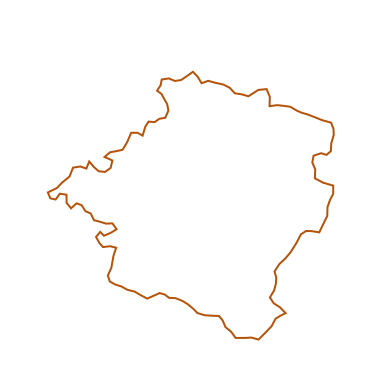 Santo Antônio do Grama, Minas Gerais, Brazil, rotated 20°
{"feature_id": "56859067B72216999102228", "entity_name": "Santo Antônio do Grama", "entity_type": "district", "adm_level": 2, "iso_a3": "BRA", "parent_name": "Brazil", "parent_adm1": "Minas Gerais", "projection": "robinson", "projection_center": [-42.611, -20.321], "detail": "fine", "context": "isolated", "style": "outline", "palette": "amber", "viewbox_px": 384, "rotation_deg": 20, "n_neighbors": 0, "source": "geoboundaries", "source_scale": "gbopen_adm2", "svg_char_len": 1924}
<svg xmlns="http://www.w3.org/2000/svg" viewBox="0 0 384 384"><g transform="rotate(20 192 192)"><path d="M299.0,79.3L289.3,80.0L281.8,79.7L273.5,79.6L268.3,80.0L262.7,79.7L255.1,78.3L248.6,79.7L242.5,81.2L235.5,84.8L232.6,76.0L226.9,69.8L219.4,73.4L215.9,78.0L212.3,82.7L204.8,83.3L198.4,84.6L191.9,81.2L184.7,80.3L176.6,81.4L169.2,82.0L163.8,86.5L158.1,81.9L151.8,78.7L146.8,85.9L143.5,90.5L138.0,93.5L131.4,93.2L125.1,96.6L126.0,102.5L124.5,108.7L129.8,110.3L134.3,114.3L138.6,117.9L142.0,123.6L141.5,131.4L136.2,134.4L132.9,139.2L127.1,140.7L125.8,146.6L126.3,155.9L120.6,155.0L114.6,157.2L114.0,167.5L112.3,176.1L107.3,179.3L101.4,182.7L97.9,189.0L106.4,189.6L107.3,197.2L103.4,202.9L97.1,204.4L91.3,202.1L85.0,198.5L84.7,206.1L78.4,206.2L71.9,209.8L71.6,219.4L66.7,227.6L63.8,234.3L56.7,241.7L61.0,246.4L66.4,245.7L68.4,238.8L75.0,237.5L77.9,245.1L83.9,248.7L87.4,242.1L92.7,242.1L98.5,246.5L104.2,246.8L109.5,252.0L116.6,251.4L122.0,251.1L128.0,248.7L133.8,252.8L129.8,258.0L124.3,263.2L119.4,260.9L117.2,267.0L122.3,271.5L127.2,274.2L133.5,271.0L139.8,270.3L140.0,278.6L142.1,290.7L141.5,299.3L145.4,304.2L151.5,305.2L158.0,304.9L164.7,306.0L172.1,305.2L179.2,306.5L186.4,307.5L191.9,302.2L196.2,298.0L201.5,297.7L206.8,299.3L212.8,297.4L220.2,297.6L226.8,299.0L233.1,301.3L238.6,303.9L246.0,303.5L253.8,301.2L259.8,299.3L264.7,302.2L269.8,307.6L276.4,309.8L282.9,314.2L291.0,311.3L297.5,308.5L305.0,307.9L309.3,298.6L312.7,290.8L313.9,282.4L317.6,277.8L321.4,273.8L313.9,270.2L306.8,268.6L301.3,264.5L302.8,256.4L302.2,249.5L300.4,243.5L296.7,238.5L298.7,229.9L302.7,221.9L305.3,214.7L307.6,203.9L308.8,194.6L312.5,189.6L317.6,187.9L325.4,186.4L326.2,178.4L327.3,168.3L324.5,159.9L324.4,152.5L325.3,145.3L322.5,137.7L311.9,138.4L302.8,137.1L300.1,128.6L295.0,123.2L293.8,116.3L300.1,111.4L305.7,111.1L308.5,106.1L306.2,98.5L305.7,89.9L303.3,84.2L299.0,79.3Z" fill="none" stroke="#b45309" stroke-width="2"/></g></svg>